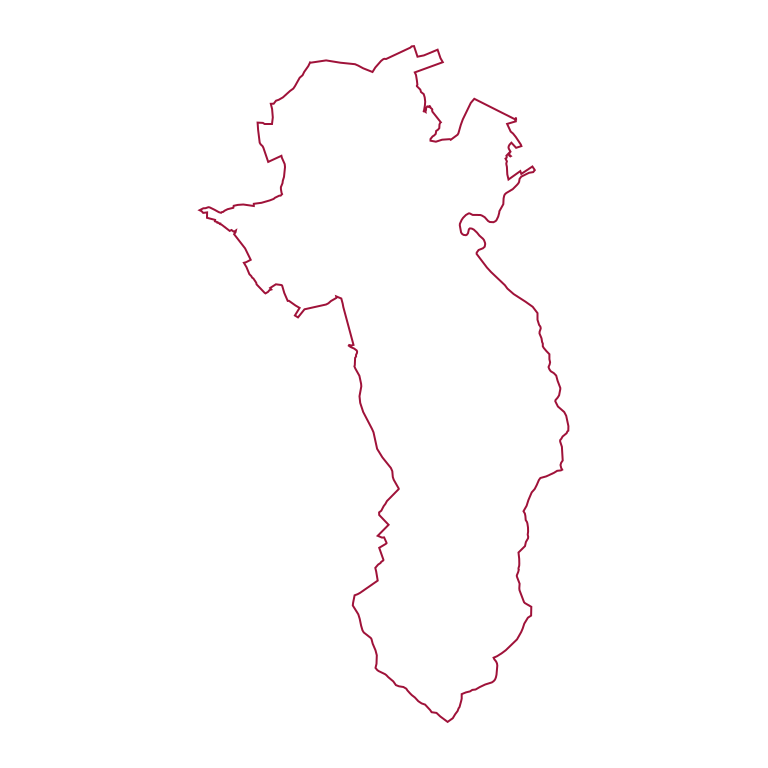 the district of Mica, Mures, Romania
{"feature_id": "2599482B15916866483614", "entity_name": "Mica", "entity_type": "district", "adm_level": 2, "iso_a3": "ROU", "parent_name": "Romania", "parent_adm1": "Mures", "projection": "mercator", "projection_center": [24.41, 46.338], "detail": "fine", "context": "isolated", "style": "outline", "palette": "rose", "viewbox_px": 768, "rotation_deg": 0, "n_neighbors": 0, "source": "geoboundaries", "source_scale": "gbopen_adm2", "svg_char_len": 6086}
<svg xmlns="http://www.w3.org/2000/svg" viewBox="0 0 768 768"><path d="M533.2,172.1L534.8,170.1L532.4,166.5L521.3,173.9L520.3,171.1L508.5,179.5L507.3,174.4L506.9,166.9L506.4,164.5L506.3,163.4L506.9,161.3L505.5,158.6L506.4,158.0L506.8,157.0L506.4,155.7L508.7,153.3L508.9,154.9L509.4,155.7L510.3,156.4L510.8,156.1L509.8,155.3L509.2,154.1L509.5,153.0L510.5,151.7L508.8,148.7L508.5,147.6L508.7,146.3L509.6,144.6L511.4,142.7L516.1,147.8L521.4,146.1L520.8,144.5L515.8,137.0L513.0,133.5L510.7,131.6L507.1,123.9L515.7,121.4L515.3,120.4L516.1,119.9L516.0,117.5L515.2,119.4L474.3,98.8L470.8,102.9L462.8,119.4L460.8,124.9L458.4,133.3L457.6,134.7L450.7,139.8L450.0,139.2L449.2,139.2L442.1,139.7L435.9,141.7L430.5,140.7L430.5,139.0L432.6,136.4L434.1,135.5L435.7,133.9L436.2,130.9L438.0,129.7L439.3,128.1L439.5,124.4L440.3,122.6L440.8,122.3L432.5,111.8L432.1,110.7L432.3,109.6L432.1,109.1L430.7,107.9L430.0,106.3L429.4,106.1L429.0,107.0L427.3,106.4L426.1,108.0L426.0,109.9L425.5,110.0L425.6,112.0L424.3,111.1L423.3,111.9L424.0,110.7L424.9,105.4L425.2,101.7L424.7,97.4L423.7,94.1L421.0,92.0L420.3,89.6L416.9,86.2L416.9,85.5L417.4,84.8L416.9,80.5L416.0,75.0L414.8,72.4L442.8,62.2L440.5,58.2L437.6,49.7L423.9,55.4L417.5,56.7L414.0,46.1L411.6,46.4L410.4,47.6L386.1,59.0L384.3,58.8L383.1,59.3L381.0,61.0L375.3,67.5L372.5,72.0L363.2,68.3L358.2,65.6L355.0,64.2L340.3,62.7L326.1,60.4L310.6,62.7L310.1,62.4L308.3,66.1L304.2,71.9L302.6,75.2L299.7,77.7L295.0,86.1L293.3,88.6L290.1,90.9L282.9,97.4L278.7,99.8L276.0,100.7L273.7,103.7L270.8,103.8L272.1,109.0L272.8,117.4L272.0,124.0L264.6,124.0L262.9,122.9L257.6,122.6L258.1,129.8L259.7,142.7L260.7,144.4L262.6,146.2L263.4,147.8L268.2,161.9L281.4,155.8L281.9,157.8L284.7,164.1L285.0,167.1L284.0,176.9L282.8,180.8L282.5,183.2L280.9,187.1L280.9,189.1L281.6,193.1L282.1,194.1L280.7,195.6L279.2,195.7L274.9,197.8L273.7,198.9L269.8,200.4L261.5,202.8L253.8,203.8L253.8,206.0L243.3,204.5L237.8,204.9L233.7,205.8L233.3,207.8L227.6,209.2L224.6,210.7L223.1,211.9L221.9,212.1L221.1,212.8L218.9,212.2L214.6,209.8L209.7,207.4L208.4,207.2L205.5,208.2L203.3,208.3L199.6,210.2L201.6,211.2L203.2,212.9L207.1,212.4L207.0,217.8L215.1,219.9L214.9,221.3L217.5,222.2L217.4,222.7L220.2,223.5L220.0,224.1L221.5,224.6L229.7,230.9L231.5,230.0L233.6,231.6L234.9,231.2L235.9,230.5L235.5,232.3L234.1,234.2L245.1,248.4L250.7,259.8L246.1,262.2L243.9,262.8L246.5,267.2L249.4,274.2L251.3,276.1L252.1,277.6L253.4,278.5L256.2,282.7L256.6,284.4L264.6,292.8L265.5,293.4L268.0,291.9L269.5,290.1L271.3,289.5L270.1,288.0L275.9,284.3L281.2,285.0L282.1,285.5L284.3,293.0L287.7,300.9L288.9,300.8L295.5,305.5L299.6,307.9L294.9,315.5L298.0,317.4L304.5,309.3L326.1,304.5L328.4,303.3L331.0,301.0L336.4,297.9L336.5,297.6L336.2,296.4L341.3,298.5L342.7,303.7L343.3,307.0L353.5,344.9L351.5,345.5L349.2,345.0L348.8,345.7L350.8,347.1L354.2,348.6L356.7,350.5L357.1,351.5L357.0,352.9L356.0,355.0L356.1,356.4L355.1,357.9L354.8,365.2L354.4,366.3L355.3,368.5L359.4,375.8L361.1,383.8L361.3,386.4L359.5,396.2L360.2,402.9L363.2,412.0L372.0,428.9L373.5,432.3L377.1,448.8L382.4,457.4L390.9,468.0L392.3,471.2L392.8,477.0L393.7,479.7L398.7,488.5L398.7,489.1L386.9,501.1L385.4,503.9L383.7,506.1L381.3,510.7L379.1,512.4L379.2,515.0L388.6,524.8L377.7,535.8L382.0,537.6L384.1,537.4L386.5,542.7L386.5,543.3L385.6,544.0L379.2,547.8L383.4,559.7L383.3,560.4L381.2,561.9L380.5,563.0L378.1,564.6L375.3,567.9L376.2,571.6L377.7,580.6L360.0,592.9L357.6,594.2L354.6,595.3L353.1,602.8L352.8,605.5L358.3,614.3L359.7,618.8L361.1,625.6L362.5,630.4L363.8,632.5L370.8,638.0L371.5,639.1L372.7,643.7L375.5,650.3L376.8,655.3L376.5,663.8L375.5,667.9L377.3,670.1L378.7,671.1L385.1,674.2L386.4,675.2L388.3,677.2L393.3,681.4L395.9,685.1L399.0,686.3L403.4,687.0L406.3,688.7L407.4,690.4L410.0,693.3L411.8,695.1L414.9,697.5L418.3,701.2L421.6,703.4L425.1,704.6L430.2,710.1L431.6,712.2L436.5,712.9L440.2,716.4L447.6,721.9L452.8,718.2L455.2,714.2L457.6,711.0L458.6,708.3L459.5,707.1L461.2,700.9L461.7,698.6L461.7,694.1L465.9,692.4L470.0,691.4L472.3,689.9L475.6,689.5L479.7,687.1L485.2,684.5L491.9,682.4L493.6,681.2L495.0,679.6L495.9,677.4L496.5,674.7L497.3,665.6L497.0,663.5L496.1,661.5L494.4,659.4L493.6,657.7L496.9,656.3L501.8,653.2L505.8,650.2L517.0,639.4L521.2,632.0L522.7,628.5L524.3,623.6L527.9,617.7L531.1,615.6L531.3,606.8L524.9,603.1L524.0,602.1L519.5,590.2L519.3,588.3L519.6,583.7L516.9,576.6L516.8,575.4L518.2,572.0L518.8,569.6L518.5,569.2L518.5,568.2L519.2,565.7L519.3,563.7L519.2,558.9L518.5,552.5L525.0,546.1L525.9,542.0L528.0,538.4L528.2,536.8L527.7,534.6L528.1,531.7L528.0,527.5L527.4,523.5L527.0,522.1L525.7,520.0L525.4,516.1L524.9,513.6L523.5,511.2L526.6,505.8L528.4,500.1L531.7,492.4L534.7,489.0L536.8,484.9L538.9,480.0L540.4,478.0L546.2,476.4L554.0,472.8L557.2,470.8L560.9,470.4L562.2,469.7L561.2,468.0L560.5,465.0L561.2,462.7L562.7,460.5L561.9,446.8L560.2,441.7L560.1,440.8L560.3,439.9L561.3,438.8L562.6,436.5L566.6,433.2L567.4,431.4L568.3,430.7L568.4,426.1L566.2,415.8L564.2,412.0L557.9,406.5L555.3,401.3L555.5,400.1L557.6,397.7L559.1,395.3L560.3,389.1L560.3,387.9L557.6,380.8L556.2,375.6L553.8,373.1L550.8,371.3L549.5,369.5L548.6,367.3L548.6,366.8L549.6,364.6L550.1,362.3L549.4,359.2L549.4,354.2L546.5,351.2L543.8,348.0L542.8,346.3L542.8,343.6L542.1,342.0L541.5,338.3L539.5,333.5L539.6,331.7L540.7,328.6L540.6,327.5L540.3,326.5L539.1,324.9L537.5,319.8L537.5,313.1L532.7,306.8L525.5,301.7L513.7,294.1L507.4,288.6L504.9,285.2L490.9,271.9L486.9,267.5L476.6,253.9L476.7,252.6L478.6,250.0L482.9,248.3L484.7,246.7L485.2,244.0L485.0,242.8L484.0,240.1L483.0,238.8L479.4,235.6L477.0,232.6L473.8,229.6L471.8,228.6L469.9,228.4L468.9,229.3L468.0,233.2L466.9,234.7L465.9,235.2L463.6,234.9L462.2,234.0L461.1,232.5L459.8,225.4L459.9,223.8L461.6,220.0L463.1,217.8L465.9,215.0L468.7,213.4L469.7,213.4L472.6,214.9L480.3,215.0L481.8,215.5L484.7,217.2L488.1,221.0L489.8,222.0L493.5,222.2L495.6,221.1L496.5,220.1L498.2,216.6L499.2,212.9L499.4,211.2L503.3,204.2L503.6,198.4L504.2,195.7L504.8,194.4L506.3,193.0L512.8,189.1L516.8,185.1L518.3,183.4L519.1,181.9L519.6,178.8L521.3,176.6L529.0,172.8L533.2,172.1Z" fill="none" stroke="#9f1239" stroke-width="2"/></svg>